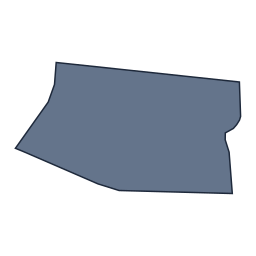 outline of Mwanza
{"feature_id": "MWI-1922", "entity_name": "Mwanza", "entity_type": "District", "adm_level": 1, "iso_a3": "MWI", "parent_name": "Malawi", "parent_adm1": "", "projection": "albers", "projection_center": [34.593, -15.694], "detail": "fine", "context": "isolated", "style": "filled", "palette": "slate", "viewbox_px": 256, "rotation_deg": 0, "n_neighbors": 0, "source": "natural_earth", "source_scale": "10m", "svg_char_len": 348}
<svg xmlns="http://www.w3.org/2000/svg" viewBox="0 0 256 256"><path d="M15.4,148.3L48.2,102.1L54.5,84.5L56.2,62.5L119.3,69.2L182.2,75.9L239.4,82.0L240.6,116.4L239.5,120.1L236.7,124.6L233.4,128.4L225.3,132.9L225.2,139.8L229.1,152.2L232.3,193.5L119.1,190.5L98.0,183.9L23.0,151.4L15.4,148.3Z" fill="#64748b" stroke="#1e293b" stroke-width="1.5"/></svg>